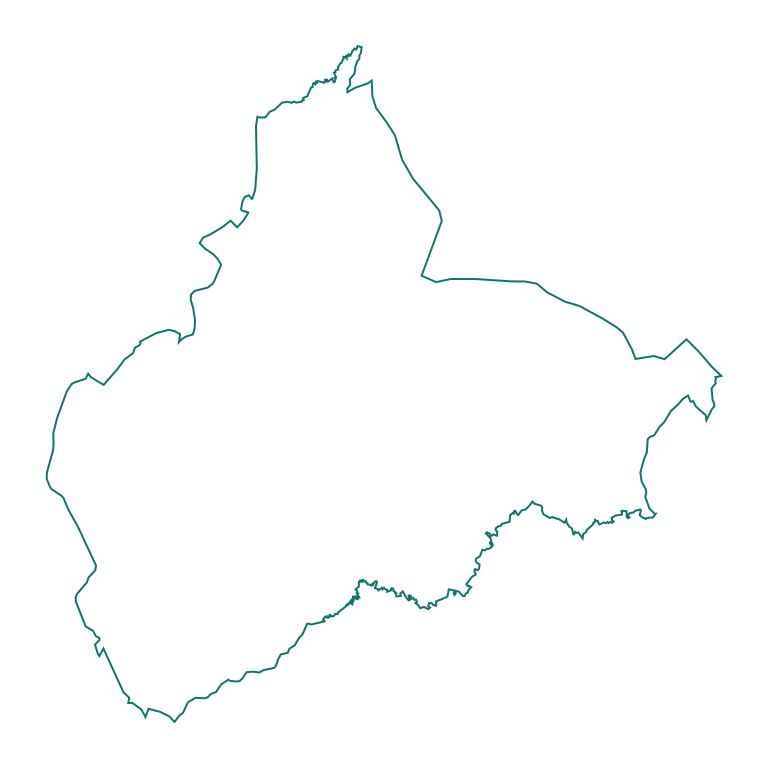 Abuakwa South, Eastern, Ghana
{"feature_id": "2480657B6434141016984", "entity_name": "Abuakwa South", "entity_type": "district", "adm_level": 2, "iso_a3": "GHA", "parent_name": "Ghana", "parent_adm1": "Eastern", "projection": "natural_earth1", "projection_center": [-0.472, 6.173], "detail": "fine", "context": "isolated", "style": "outline", "palette": "teal", "viewbox_px": 768, "rotation_deg": 0, "n_neighbors": 0, "source": "geoboundaries", "source_scale": "gbopen_adm2", "svg_char_len": 6031}
<svg xmlns="http://www.w3.org/2000/svg" viewBox="0 0 768 768"><path d="M145.5,717.1L148.5,708.8L160.0,711.8L169.3,716.4L174.5,721.9L179.6,715.2L182.9,713.0L188.0,702.2L195.7,697.8L204.2,698.3L207.5,697.5L210.9,693.9L216.0,692.1L221.2,684.4L228.3,679.7L229.6,680.7L234.6,681.4L239.3,681.3L242.6,678.3L246.5,672.2L253.1,671.7L259.3,672.5L263.6,670.1L273.7,668.0L275.3,666.9L277.5,662.0L277.5,660.3L280.8,654.5L287.8,652.8L289.5,648.6L294.7,645.4L299.2,637.8L302.7,634.1L307.0,624.0L308.6,623.6L311.3,624.5L323.6,621.6L322.7,621.2L324.2,620.4L323.3,619.2L325.1,616.7L326.8,617.6L327.2,616.3L328.7,617.5L329.6,616.6L329.4,615.2L330.4,614.9L331.6,616.5L334.1,615.9L335.3,613.7L337.7,614.1L337.8,612.7L345.9,606.4L346.1,605.3L347.9,605.0L347.8,603.8L349.0,603.7L349.5,602.6L352.3,604.3L352.5,602.7L351.2,601.6L353.1,601.5L353.8,599.9L351.6,599.7L353.0,597.9L353.0,596.7L354.2,596.7L354.9,597.8L355.8,596.6L356.5,598.9L357.7,599.1L357.6,597.4L359.3,597.6L359.2,597.0L357.1,596.6L358.0,595.5L357.6,594.4L358.2,593.4L356.7,592.9L357.2,591.0L355.6,589.3L358.9,586.5L358.9,581.8L360.3,581.8L360.2,580.5L362.6,580.1L361.9,581.1L362.3,581.7L365.4,581.0L366.1,582.6L367.3,582.9L367.4,584.4L370.1,584.6L371.1,585.6L371.9,585.6L372.4,583.9L373.1,584.8L375.1,581.4L376.8,581.5L376.7,583.6L375.0,588.2L377.7,589.0L378.4,590.4L381.7,587.8L382.4,589.4L384.0,587.8L385.7,589.6L387.2,589.8L387.3,591.8L390.9,590.4L391.0,589.0L392.0,588.1L393.3,588.7L393.3,590.9L395.0,591.8L395.1,593.2L396.2,593.2L396.3,596.5L400.9,595.8L400.2,593.6L402.8,591.4L405.9,597.2L408.7,600.4L410.8,599.3L409.1,597.9L408.6,595.8L409.2,595.3L410.9,596.0L410.4,597.1L413.3,598.0L414.0,599.6L416.0,599.7L417.0,601.8L415.4,603.0L418.2,605.1L420.3,608.2L423.9,606.9L428.3,609.2L430.0,607.6L428.3,606.4L429.0,603.1L431.7,603.1L432.8,604.7L436.0,605.8L436.2,601.3L446.5,597.3L447.5,596.1L448.8,589.4L454.7,590.5L453.6,593.5L454.7,595.0L455.7,593.5L455.6,591.2L456.2,591.0L458.8,591.6L462.8,595.9L464.7,596.0L465.7,593.5L467.9,592.5L468.2,590.5L471.2,587.1L468.5,585.7L467.9,586.2L466.3,584.2L472.1,576.6L475.6,574.7L475.6,573.4L474.3,571.3L475.0,569.1L477.5,570.1L479.1,568.7L479.5,564.2L476.5,562.5L475.6,560.3L476.2,558.6L479.9,556.3L482.4,549.7L484.8,550.4L486.9,548.7L488.2,549.0L491.5,547.2L492.8,545.4L492.1,543.1L491.4,542.9L490.9,544.7L489.8,542.9L491.3,541.0L490.5,538.3L485.9,533.4L487.0,532.3L488.0,533.4L489.5,533.3L491.0,536.0L493.5,534.4L497.0,535.6L497.2,531.5L495.6,530.0L495.8,528.3L498.7,526.2L500.8,525.9L501.8,523.9L509.5,521.8L510.2,515.2L512.6,513.1L513.7,513.6L514.2,511.0L515.2,510.8L517.3,514.5L518.2,514.9L521.7,510.4L525.2,509.6L529.0,506.1L532.4,501.6L534.5,503.7L540.9,505.6L542.2,507.3L542.0,510.5L543.3,514.2L549.9,518.0L552.3,516.9L553.5,517.9L555.4,517.8L556.8,518.9L558.4,518.8L564.6,522.7L566.2,519.7L566.7,522.6L569.2,526.6L571.9,528.3L573.2,534.0L573.7,534.4L575.0,531.8L575.9,533.0L578.3,532.4L582.6,538.4L583.2,534.1L585.9,532.2L586.7,530.0L592.9,524.6L593.3,522.7L594.5,522.7L595.0,519.8L596.5,521.0L597.6,520.9L599.3,524.5L604.1,522.4L605.9,523.2L607.4,522.0L608.9,523.0L610.4,522.0L612.4,522.7L613.7,521.4L612.3,520.7L611.6,517.8L615.8,515.5L621.9,514.6L622.1,512.7L621.3,511.5L622.0,510.7L626.5,511.3L626.7,516.8L627.9,518.1L629.4,517.5L627.5,515.8L629.6,513.2L633.3,512.5L635.1,510.9L640.0,509.5L640.9,510.3L639.7,515.1L641.5,516.9L645.8,519.0L646.9,517.9L653.0,517.5L655.7,513.8L654.8,513.9L649.5,508.6L645.2,496.8L646.3,493.0L645.8,489.3L641.6,481.7L640.4,472.5L643.9,459.4L646.9,452.1L647.7,439.2L649.9,436.9L654.2,435.3L659.6,426.8L664.2,422.1L671.1,410.9L678.8,403.8L682.4,399.3L688.0,395.4L690.3,401.4L691.7,401.7L693.0,400.9L695.9,406.5L705.8,415.3L706.4,420.2L711.9,409.2L714.3,406.3L714.1,403.2L712.6,400.2L711.6,388.4L715.7,383.4L715.3,380.7L716.2,377.7L715.6,377.1L721.3,375.9L711.8,366.8L699.1,352.0L686.5,339.3L664.6,359.2L653.7,356.0L635.5,359.0L632.0,349.5L623.0,332.6L616.6,327.3L603.0,318.8L579.5,306.0L565.0,301.7L546.9,292.2L536.9,283.7L525.1,281.5L511.5,281.4L477.0,279.1L450.7,279.0L436.1,282.1L421.6,275.7L441.8,221.0L439.2,210.4L413.0,178.7L402.1,159.7L395.0,135.4L386.9,122.7L376.0,107.9L372.4,96.3L371.7,80.7L368.4,83.1L354.7,88.0L347.4,92.2L347.3,88.6L350.3,84.7L349.7,79.4L354.6,73.5L355.5,65.8L357.4,61.0L359.4,58.9L359.4,55.4L361.0,52.8L361.6,47.2L357.6,46.1L356.2,49.5L354.5,48.6L353.4,50.4L352.6,50.4L351.1,54.3L350.0,54.5L350.3,55.6L348.7,55.9L348.1,54.9L347.5,56.4L346.4,56.0L346.7,58.5L345.0,57.0L343.4,56.8L343.5,59.2L342.4,60.3L341.6,62.8L340.3,63.4L338.0,67.1L338.1,69.6L336.2,70.0L335.4,70.8L335.5,72.1L333.9,72.6L336.0,77.1L334.7,77.7L335.7,78.9L334.5,82.0L333.6,82.1L332.2,78.5L328.0,81.6L327.1,81.0L327.0,79.7L325.1,79.8L325.7,81.5L324.9,81.3L324.0,82.7L317.5,81.0L317.2,82.6L316.0,81.8L315.4,84.3L314.1,82.9L312.9,83.8L312.6,87.1L311.0,87.6L307.4,96.1L303.1,98.1L303.7,100.0L302.4,100.3L301.8,101.6L296.5,102.6L293.9,101.6L291.6,102.8L287.8,101.8L282.0,102.7L274.9,109.4L269.6,111.9L265.3,117.4L259.5,117.5L257.4,116.7L256.0,126.2L256.8,168.6L255.2,189.8L252.4,198.6L251.8,198.8L248.9,195.3L244.7,196.9L242.5,201.5L241.0,209.2L241.7,210.4L248.3,212.5L247.9,213.5L243.2,220.8L237.2,227.3L230.5,220.7L222.2,227.3L209.9,234.6L203.1,237.5L199.7,243.2L205.1,248.7L213.5,254.4L217.6,258.9L221.1,264.7L214.1,281.5L212.5,283.8L207.8,287.6L194.6,290.9L190.9,294.8L190.8,300.0L193.2,308.2L195.0,320.4L194.6,328.5L192.8,334.5L185.6,336.7L181.9,339.0L178.9,342.1L180.1,334.2L174.8,331.2L168.8,329.8L156.3,333.1L140.1,341.6L140.6,343.7L139.1,345.5L135.0,347.6L133.1,353.0L124.5,359.5L117.7,368.8L103.6,384.9L90.7,377.0L88.2,373.6L85.7,378.7L73.8,382.7L71.5,384.2L66.8,391.3L57.0,418.4L53.3,433.2L53.6,444.8L52.9,450.9L46.9,472.6L46.7,478.7L49.8,486.5L51.5,489.1L61.0,495.4L63.4,497.8L68.1,509.1L78.1,527.1L96.0,565.5L95.2,570.4L88.6,577.3L87.0,582.3L77.2,593.7L75.7,597.2L75.9,601.7L85.7,626.5L93.1,630.9L95.8,636.0L99.4,638.1L99.5,640.1L95.0,644.5L97.9,654.0L99.4,656.1L103.4,648.5L123.5,692.3L129.1,697.6L128.3,703.0L132.3,702.9L141.4,709.5L145.5,717.1Z" fill="none" stroke="#0f766e" stroke-width="2"/></svg>